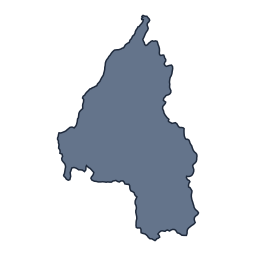 Rubim, Minas Gerais, Brazil
{"feature_id": "56859067B36353368141543", "entity_name": "Rubim", "entity_type": "district", "adm_level": 2, "iso_a3": "BRA", "parent_name": "Brazil", "parent_adm1": "Minas Gerais", "projection": "mercator", "projection_center": [-40.494, -16.442], "detail": "fine", "context": "isolated", "style": "filled", "palette": "slate", "viewbox_px": 256, "rotation_deg": 0, "n_neighbors": 0, "source": "geoboundaries", "source_scale": "gbopen_adm2", "svg_char_len": 4853}
<svg xmlns="http://www.w3.org/2000/svg" viewBox="0 0 256 256"><path d="M59.0,132.8L58.5,134.5L58.2,136.5L57.6,137.8L57.5,139.2L58.4,140.8L58.4,142.9L59.0,144.5L58.8,146.2L58.6,148.1L59.8,149.8L60.1,151.5L59.9,153.3L62.0,154.1L62.6,156.3L61.7,158.4L62.0,160.3L62.9,161.5L63.8,162.6L64.7,163.7L65.3,165.1L65.6,167.0L65.2,168.8L65.0,170.2L64.8,171.5L64.4,173.6L63.6,175.2L64.1,176.5L65.3,177.4L66.3,179.1L68.2,180.2L69.9,179.6L70.2,178.1L70.7,176.4L70.4,174.4L70.2,172.4L70.9,170.8L71.3,169.4L71.9,167.9L74.0,167.5L75.8,168.0L77.3,168.8L78.6,169.8L80.1,169.8L82.4,170.1L84.5,171.6L85.8,169.9L85.9,168.1L86.0,166.8L86.5,165.6L87.5,166.6L88.8,167.7L90.0,168.3L91.2,169.5L92.6,171.1L93.8,172.4L93.3,174.4L92.4,175.8L91.5,176.9L90.9,178.2L91.8,180.0L94.3,181.2L96.3,181.4L98.1,181.9L99.7,181.9L101.0,181.9L102.5,181.7L104.4,181.9L106.2,182.2L107.7,181.9L109.6,182.1L111.5,182.1L113.0,181.0L114.7,180.7L115.9,180.4L117.4,181.4L119.3,182.0L121.0,180.9L122.9,180.9L124.2,182.2L124.9,183.9L127.0,184.3L128.8,184.3L129.7,185.8L129.8,187.5L130.0,188.9L130.8,190.8L132.5,191.6L134.1,192.6L134.7,194.5L135.4,195.7L136.9,196.9L136.1,198.8L135.3,200.5L135.1,202.0L135.2,203.9L136.0,205.4L136.4,207.4L136.3,209.0L135.8,210.5L135.8,212.4L136.3,214.7L136.7,216.6L136.8,218.7L136.3,220.6L136.1,222.1L136.1,223.6L136.0,225.3L136.3,227.4L137.5,228.0L138.9,227.9L140.2,228.0L141.0,229.4L141.0,231.3L141.1,232.7L142.5,233.3L143.8,233.6L145.3,234.1L146.3,234.9L147.4,235.9L148.3,237.3L149.9,238.7L151.9,238.8L153.5,239.8L155.0,240.6L156.1,239.7L156.9,238.7L158.1,238.3L159.7,237.1L159.2,235.5L157.9,234.0L159.4,232.2L160.8,231.1L162.1,230.8L163.7,231.1L165.1,231.3L166.2,230.4L167.5,230.0L169.5,231.0L171.3,229.9L172.7,229.4L174.3,229.5L175.6,230.2L176.5,231.6L177.4,232.9L179.1,233.3L180.5,234.2L181.8,235.2L184.0,235.4L186.4,235.4L187.1,233.2L187.1,231.2L187.5,229.5L188.7,227.9L190.1,226.8L191.2,225.9L192.3,225.1L193.6,224.3L195.2,222.6L194.5,220.7L194.2,219.4L194.5,217.4L195.9,215.8L197.6,214.6L198.5,212.9L197.6,211.4L196.3,210.3L195.1,209.1L194.1,207.4L193.8,205.8L193.2,203.9L192.7,202.1L192.0,200.2L191.6,198.4L191.3,196.4L191.4,194.3L191.8,192.6L192.0,190.9L190.9,189.1L190.0,187.6L188.6,187.0L188.5,185.0L189.0,183.1L189.9,181.8L189.2,180.5L187.4,179.6L186.4,177.7L186.6,176.3L188.0,176.5L189.6,176.4L191.1,175.8L192.1,175.0L193.1,173.3L193.7,171.5L193.8,169.6L193.4,168.3L192.9,166.9L192.7,165.5L193.4,164.4L194.4,163.5L195.4,162.6L196.3,161.3L196.7,159.5L196.7,157.9L197.0,156.0L196.7,154.3L195.8,153.1L194.4,151.9L193.3,150.4L192.4,148.1L191.7,145.8L190.7,144.4L189.8,142.6L189.5,141.3L188.9,140.1L187.7,139.3L186.1,139.3L185.0,138.0L184.3,135.9L184.1,134.0L184.0,132.1L184.0,130.3L184.1,128.6L183.1,127.8L181.5,127.5L179.8,127.5L178.6,126.7L177.7,125.3L176.9,123.8L175.4,122.7L173.4,123.1L171.9,123.4L170.9,122.7L169.4,122.1L168.3,121.0L168.9,119.3L167.1,117.7L165.9,116.1L165.0,114.9L164.0,113.0L163.5,110.7L162.6,108.9L162.7,106.5L164.1,104.9L165.3,103.4L165.7,102.1L164.6,101.3L163.4,100.4L163.7,98.3L164.9,97.0L165.9,95.6L167.1,95.1L168.6,94.7L170.0,93.7L170.8,92.4L170.9,90.6L170.1,88.9L169.6,87.6L169.6,86.0L169.8,84.2L169.5,82.7L169.5,81.4L169.8,79.2L170.2,77.4L171.2,75.7L171.9,73.6L172.2,71.4L172.5,69.9L172.7,68.3L172.5,66.5L171.5,65.1L169.4,65.4L167.8,65.9L166.6,66.4L165.2,65.7L164.2,64.0L164.8,62.2L165.7,61.1L165.7,59.4L164.6,57.8L164.3,56.4L163.7,55.1L162.3,55.1L160.8,55.5L159.6,54.6L159.3,53.1L159.5,50.7L159.4,48.6L158.8,46.4L158.0,44.4L157.6,42.7L157.0,41.3L155.4,40.9L153.7,41.3L152.4,40.8L151.1,41.3L150.0,42.3L148.7,43.2L147.5,44.7L145.9,45.5L144.7,44.5L144.3,42.7L143.4,41.1L142.8,39.4L143.8,37.5L144.6,35.6L145.4,33.6L146.4,31.9L147.7,30.0L148.2,28.2L147.7,26.7L147.2,25.4L147.2,23.9L147.9,22.7L148.9,21.8L149.7,20.2L149.0,18.7L147.8,17.5L146.9,16.3L144.9,16.2L143.0,15.4L141.9,16.4L142.7,17.5L141.6,18.2L141.7,19.5L143.3,19.7L142.9,21.6L141.9,23.1L140.9,24.3L140.0,25.3L139.3,26.4L137.9,26.9L137.3,28.3L136.2,29.8L135.4,31.4L135.0,33.3L134.0,35.0L132.5,36.2L132.0,37.5L131.3,38.8L130.0,40.1L129.2,42.5L127.6,43.2L126.5,44.0L125.4,44.8L124.4,46.6L123.6,47.8L122.3,48.1L120.7,49.1L118.6,49.7L116.7,49.8L114.5,50.1L113.2,51.2L112.2,52.2L111.1,53.6L110.2,55.1L108.9,56.5L108.0,58.1L106.6,59.9L106.0,61.1L105.4,62.9L105.2,65.4L104.8,67.4L104.7,69.5L104.3,71.4L103.7,73.5L103.4,75.0L102.6,76.3L101.8,77.5L100.9,79.2L99.9,81.3L98.8,82.6L97.5,84.0L96.8,85.7L95.4,86.3L93.9,87.2L92.2,87.8L91.2,88.6L89.8,89.0L88.5,90.5L86.9,92.0L85.6,93.5L84.7,95.1L83.1,96.3L82.5,98.0L83.7,99.5L83.5,102.2L82.8,104.1L82.6,105.7L82.7,107.0L82.7,108.6L81.2,109.9L79.7,111.5L78.9,113.3L78.6,115.9L78.4,117.7L77.6,118.8L77.4,120.1L77.2,121.9L76.7,123.8L76.2,125.4L75.4,126.5L74.2,127.9L72.6,127.2L71.2,127.1L69.8,127.5L68.7,128.5L67.4,129.5L65.9,130.9L64.5,131.6L63.2,132.1L62.0,132.6L60.5,133.0L59.0,132.8Z" fill="#64748b" stroke="#1e293b" stroke-width="1.5"/></svg>